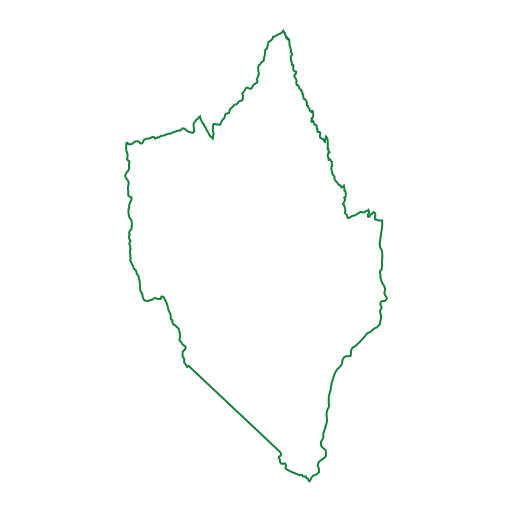 outline of Capital, Catamarca, Argentina
{"feature_id": "61730980B81007798348630", "entity_name": "Capital", "entity_type": "district", "adm_level": 2, "iso_a3": "ARG", "parent_name": "Argentina", "parent_adm1": "Catamarca", "projection": "equal_earth", "projection_center": [-65.833, -28.409], "detail": "fine", "context": "isolated", "style": "outline", "palette": "green", "viewbox_px": 512, "rotation_deg": 0, "n_neighbors": 0, "source": "geoboundaries", "source_scale": "gbopen_adm2", "svg_char_len": 6044}
<svg xmlns="http://www.w3.org/2000/svg" viewBox="0 0 512 512"><path d="M383.4,285.0L381.3,280.8L380.5,278.1L380.5,274.3L379.9,273.3L380.0,271.8L380.5,270.5L381.4,270.0L381.6,269.2L382.1,266.1L381.9,261.0L382.4,257.4L382.2,252.7L381.7,250.2L380.1,247.3L379.7,242.7L381.6,230.5L382.2,225.6L382.2,220.4L378.6,220.5L376.0,219.4L375.2,219.5L374.8,217.9L375.3,215.9L375.2,213.2L373.4,212.0L372.2,213.9L370.7,214.5L369.6,216.4L368.7,216.9L367.9,216.6L367.9,214.7L369.2,212.6L368.4,209.9L366.8,211.1L365.6,211.3L364.4,212.4L361.8,212.3L360.6,211.8L354.8,215.5L352.2,215.9L349.8,217.6L348.0,218.1L346.6,214.8L345.0,213.1L344.9,212.5L345.4,210.6L345.1,208.5L344.0,205.1L343.0,204.2L345.1,199.8L345.2,199.0L344.3,198.1L344.3,197.3L345.5,196.8L345.9,195.2L345.5,191.5L344.4,190.5L344.4,188.7L343.9,185.7L342.0,187.5L341.3,187.4L340.7,185.7L339.3,184.8L338.6,184.8L337.4,182.8L335.6,180.9L334.6,179.2L334.4,178.4L334.4,176.5L332.6,174.2L331.3,168.8L331.5,167.0L332.3,165.7L331.7,163.8L332.0,162.1L330.8,160.8L330.2,159.4L328.7,159.9L328.5,157.7L327.8,156.7L327.9,153.8L328.5,153.0L329.3,152.8L329.5,152.1L328.4,150.7L328.2,150.1L328.5,149.6L328.2,148.6L327.6,148.6L327.8,146.6L327.7,139.9L326.7,137.4L326.0,136.5L325.2,139.8L325.0,141.8L324.2,141.2L322.7,138.7L322.0,138.9L320.5,137.9L320.0,137.2L319.8,135.7L320.4,133.3L319.5,131.8L317.8,132.1L317.5,131.6L317.5,130.0L317.3,128.9L316.9,128.7L316.6,125.6L315.8,124.8L314.8,124.8L314.3,124.4L313.5,121.7L312.8,120.8L312.3,121.8L311.6,121.9L311.4,120.2L311.6,119.0L312.1,117.8L312.9,117.7L313.3,115.3L313.3,114.1L312.6,110.8L312.0,110.8L311.3,112.0L310.1,111.0L309.7,110.2L309.7,109.3L308.1,107.0L308.1,105.9L306.9,105.2L306.8,102.1L306.5,101.4L305.4,99.4L304.5,99.3L303.6,98.6L303.6,97.3L303.0,95.7L303.3,94.2L302.4,93.8L302.0,91.7L301.2,90.9L301.3,89.9L299.6,88.9L299.2,87.2L298.0,85.3L296.8,85.1L296.2,82.8L296.7,80.7L295.4,77.8L294.2,76.3L294.6,74.5L295.2,74.5L296.1,73.5L296.1,71.7L294.5,71.3L293.6,70.4L293.2,69.4L293.3,65.2L292.3,65.2L292.0,64.9L291.9,62.5L291.0,60.9L290.9,55.9L292.1,54.6L291.8,53.4L290.9,52.5L290.9,49.7L289.5,45.1L289.3,40.2L288.6,38.9L287.8,39.4L287.2,39.0L287.4,38.2L287.0,37.4L286.0,37.5L286.1,36.1L285.2,34.8L285.0,33.2L284.2,33.0L283.8,31.4L283.4,30.7L280.9,33.3L279.6,33.7L274.9,36.4L273.1,36.8L272.6,38.5L270.8,40.6L268.8,41.8L268.4,42.5L266.9,48.5L265.3,49.8L264.8,55.1L264.0,57.9L263.7,60.7L261.4,62.4L260.2,64.3L259.0,65.0L258.3,66.9L258.1,68.6L258.9,73.9L256.8,79.7L257.5,81.5L257.3,82.4L253.8,84.6L252.8,85.8L252.3,87.3L251.5,88.3L250.4,88.9L246.9,87.5L245.9,88.3L243.7,91.9L242.3,93.3L243.1,95.6L242.8,97.4L243.0,99.0L241.6,100.7L238.9,101.4L237.4,103.6L233.5,105.5L232.8,106.8L229.9,109.2L229.3,112.3L228.8,113.2L225.8,113.7L225.4,114.2L224.3,118.0L222.3,120.1L220.3,124.6L218.8,124.7L214.0,124.0L213.1,124.9L212.9,126.3L213.2,128.1L212.7,129.2L212.8,129.9L213.0,131.9L213.6,133.5L212.7,138.5L211.9,137.3L210.0,136.1L208.5,133.0L206.6,130.0L205.7,127.5L205.2,127.3L204.3,125.8L203.8,124.2L202.5,123.0L200.2,117.9L200.0,116.4L199.0,117.1L198.0,118.6L196.4,119.7L193.6,123.6L193.6,125.9L194.3,131.4L192.8,132.9L189.4,132.1L186.1,130.3L184.9,128.8L182.5,128.3L181.4,129.6L180.1,130.4L176.8,130.9L175.4,131.7L174.1,131.8L171.1,133.4L166.6,134.2L166.0,134.8L164.3,135.4L160.8,136.0L159.2,137.4L157.8,137.2L155.2,138.7L153.8,137.1L152.2,137.0L150.7,138.0L145.8,139.0L144.4,139.6L143.6,140.5L142.3,143.3L141.6,143.5L140.4,143.3L138.8,141.5L137.9,141.3L134.6,141.7L132.3,143.8L130.2,144.4L128.5,144.2L127.5,142.7L126.3,143.2L126.1,149.7L127.5,154.4L127.6,155.6L127.1,159.3L127.6,160.2L129.3,161.1L129.4,162.6L129.0,164.3L129.0,168.9L128.2,170.7L126.6,172.4L125.1,175.8L125.4,176.9L127.7,180.4L128.8,183.0L127.9,187.7L128.1,190.7L128.4,191.8L128.1,194.8L128.3,195.4L129.5,196.5L131.7,197.7L131.1,200.4L129.2,204.9L129.3,206.9L128.7,208.5L128.4,211.5L128.9,215.7L129.8,218.2L131.4,220.1L131.9,223.6L131.5,229.0L130.0,230.5L129.0,233.1L129.8,234.3L128.9,236.2L128.9,237.7L129.3,238.3L129.6,239.6L130.5,241.1L129.3,243.1L130.5,248.6L130.1,249.2L130.5,250.2L130.0,251.6L130.2,254.9L130.5,255.5L130.3,257.0L130.6,258.8L130.2,260.1L132.1,264.5L133.2,266.1L133.9,268.8L135.5,269.9L136.1,271.0L136.9,274.0L138.6,276.3L139.8,282.0L140.0,287.8L140.5,291.1L142.3,294.0L142.6,296.8L143.7,299.3L144.5,300.4L147.0,301.0L148.6,300.9L149.3,300.4L152.9,299.4L154.3,298.1L155.4,297.9L157.5,299.0L160.7,298.9L161.4,296.5L162.6,296.6L163.8,297.4L166.7,303.2L167.8,306.9L168.3,309.6L170.3,313.7L170.8,316.7L170.9,319.5L172.0,319.8L172.6,320.5L172.2,321.8L173.6,324.8L175.1,325.1L176.4,326.7L178.7,328.7L180.1,334.6L179.9,338.2L179.5,339.5L179.6,340.3L180.3,341.4L181.1,341.9L182.7,344.6L185.4,346.4L185.6,346.9L185.7,347.5L184.8,349.7L182.7,351.6L182.6,356.0L182.7,357.0L184.1,358.5L184.3,359.7L184.1,362.5L186.5,365.7L187.1,367.0L188.5,365.8L280.2,452.1L281.2,454.3L281.1,454.8L280.5,455.8L279.0,456.6L278.7,457.7L279.9,459.6L280.1,462.1L281.5,463.8L283.2,463.7L284.6,463.3L285.3,463.6L286.0,465.8L285.6,467.1L285.6,468.4L287.2,469.7L290.4,471.4L299.7,475.2L301.9,474.9L303.0,476.5L305.6,476.4L306.4,478.1L307.9,478.7L308.8,480.8L309.7,481.3L311.5,477.6L313.2,475.6L316.3,474.5L318.9,472.4L319.0,470.5L318.7,467.9L317.6,465.7L318.6,462.4L320.2,460.6L322.3,459.5L325.6,456.6L326.2,453.9L325.5,450.1L322.4,447.4L321.0,445.3L320.8,442.9L321.2,441.4L322.7,439.0L323.4,437.3L323.2,434.6L323.5,432.9L325.2,428.3L325.7,425.7L326.8,422.3L327.0,420.1L326.5,413.5L327.7,408.8L328.6,407.7L329.3,404.7L328.7,403.9L328.8,396.6L330.6,390.0L331.5,383.7L334.8,373.3L337.2,369.2L339.2,367.6L341.6,364.6L342.3,362.2L342.4,360.2L344.1,357.3L345.4,356.4L349.6,356.1L350.7,355.8L351.2,350.0L352.7,347.6L355.3,346.1L359.6,342.1L364.8,336.5L367.0,333.4L370.5,331.9L372.4,330.0L375.0,328.1L376.7,327.5L379.9,324.3L380.5,320.1L381.1,318.1L380.9,314.7L380.3,313.5L380.0,310.4L380.9,309.5L381.6,307.6L380.3,304.1L380.4,303.0L381.2,301.7L382.3,301.1L385.0,300.9L386.3,299.5L386.9,298.1L386.5,297.0L384.8,294.9L384.4,292.5L385.0,289.9L385.0,288.4L384.0,285.5L383.4,285.0Z" fill="none" stroke="#15803d" stroke-width="2"/></svg>